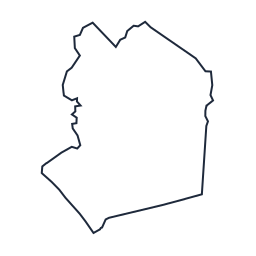 Pender, North Carolina, United States of America (Equal Earth projection), rotated 94°
{"feature_id": "52423323B64112119736585", "entity_name": "Pender", "entity_type": "district", "adm_level": 2, "iso_a3": "USA", "parent_name": "United States of America", "parent_adm1": "North Carolina", "projection": "equal_earth", "projection_center": [-77.903, 34.513], "detail": "fine", "context": "isolated", "style": "outline", "palette": "slate", "viewbox_px": 256, "rotation_deg": 94, "n_neighbors": 0, "source": "geoboundaries", "source_scale": "gbopen_adm2", "svg_char_len": 1042}
<svg xmlns="http://www.w3.org/2000/svg" viewBox="0 0 256 256"><g transform="rotate(94 128 128)"><path d="M25.9,112.5L20.9,118.3L25.9,125.0L25.6,129.5L31.3,135.5L37.9,137.1L40.5,141.9L48.0,145.8L25.4,170.6L31.2,179.9L38.5,182.5L40.6,188.0L52.0,186.6L59.1,181.1L71.8,188.4L75.8,192.9L89.6,196.1L97.1,194.8L97.4,194.7L100.1,194.2L104.3,185.9L101.9,180.9L105.1,180.8L108.9,176.9L110.1,182.2L115.1,181.7L118.4,184.9L121.3,179.9L126.8,179.8L127.8,184.0L132.3,183.1L139.0,177.8L148.5,174.4L152.0,177.2L150.7,182.8L157.2,192.7L168.6,206.5L168.7,206.9L172.3,210.8L178.9,210.9L179.7,210.0L187.1,200.4L194.3,192.3L201.9,185.6L216.9,170.2L224.1,163.9L235.1,155.1L231.0,148.8L230.4,148.6L229.6,148.1L229.3,147.5L229.0,147.2L229.0,146.9L220.8,143.9L218.9,140.7L202.0,86.9L200.4,82.4L200.3,82.0L194.9,66.4L194.6,65.7L189.0,49.7L188.8,49.7L188.1,49.7L120.5,50.0L115.8,48.7L110.7,51.7L105.4,52.0L100.4,51.3L100.4,51.2L100.2,51.2L94.6,45.1L89.4,48.0L79.4,46.9L65.9,49.2L66.0,54.7L53.8,65.3L25.9,112.5Z" fill="none" stroke="#1e293b" stroke-width="2"/></g></svg>